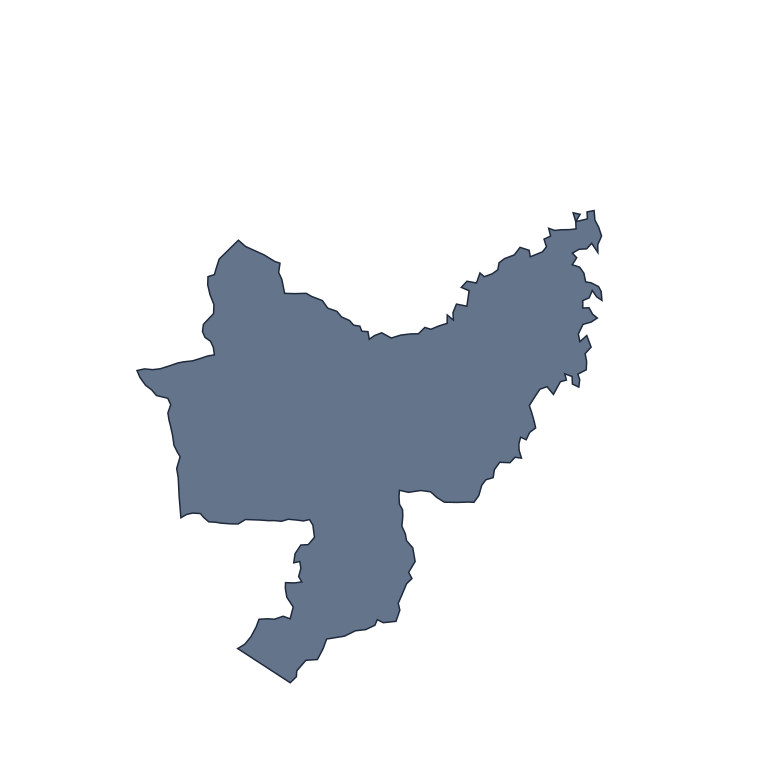 Joaquim Távora, Paraná, Brazil (orthographic projection), rotated 55°
{"feature_id": "56859067B32380162791595", "entity_name": "Joaquim Távora", "entity_type": "district", "adm_level": 2, "iso_a3": "BRA", "parent_name": "Brazil", "parent_adm1": "Paraná", "projection": "orthographic", "projection_center": [-49.909, -23.438], "detail": "fine", "context": "isolated", "style": "filled", "palette": "slate", "viewbox_px": 768, "rotation_deg": 55, "n_neighbors": 0, "source": "geoboundaries", "source_scale": "gbopen_adm2", "svg_char_len": 3255}
<svg xmlns="http://www.w3.org/2000/svg" viewBox="0 0 768 768"><g transform="rotate(55 384 384)"><path d="M532.5,378.1L529.8,370.4L523.0,362.0L520.9,355.5L523.3,348.3L517.5,342.7L514.5,334.1L520.7,326.0L519.2,318.7L523.6,313.9L515.9,311.4L510.7,308.1L505.9,302.6L511.2,299.5L507.2,292.4L507.0,285.0L501.5,282.7L492.7,279.6L485.0,277.3L481.2,268.2L477.7,259.3L479.7,252.0L489.7,251.2L483.3,238.2L485.4,232.3L479.4,230.1L485.7,225.6L492.1,229.7L498.3,226.2L492.7,221.2L487.1,219.5L488.4,210.2L481.8,205.1L474.5,201.8L472.6,193.2L460.6,190.1L461.7,199.3L454.5,196.1L449.3,186.8L452.1,178.8L452.3,171.4L446.5,173.1L439.1,172.3L435.8,177.6L429.7,173.3L431.1,166.5L426.9,159.8L434.6,159.8L440.5,157.5L432.7,153.0L427.3,152.4L419.9,156.3L416.0,160.2L407.9,156.7L400.5,156.7L394.3,161.4L391.1,153.7L384.9,154.7L385.5,147.0L389.5,140.5L387.9,133.2L399.0,133.4L392.5,129.0L387.6,120.9L378.7,118.2L370.7,117.2L362.4,112.4L359.5,119.0L365.4,122.7L361.0,133.8L367.1,137.7L364.0,143.4L359.0,150.8L356.2,156.0L350.9,159.8L358.4,162.7L357.1,169.8L364.8,172.3L366.6,178.4L363.7,191.2L357.7,188.4L350.1,194.2L353.0,203.2L350.4,213.4L350.7,220.2L355.7,225.2L355.8,232.1L353.6,240.3L348.1,241.7L354.3,250.3L347.4,257.1L349.2,265.3L356.4,260.8L360.7,264.8L367.8,271.5L360.1,278.8L365.1,286.6L371.4,290.5L363.7,292.6L370.5,297.5L367.8,306.2L366.1,314.2L361.1,318.1L362.6,327.0L358.1,333.7L353.6,342.1L350.5,351.7L340.7,356.5L338.9,364.0L338.9,370.4L331.9,367.1L328.0,371.9L322.8,370.6L318.4,375.1L312.2,375.8L304.8,380.3L297.5,380.9L289.5,386.6L280.4,386.6L270.7,393.1L265.1,395.7L258.5,405.7L252.7,413.4L239.8,407.7L232.2,406.3L225.4,399.9L220.9,403.2L209.4,408.2L192.0,418.5L182.7,420.8L187.1,447.3L193.0,455.1L197.1,460.2L195.1,466.6L201.6,471.5L211.0,475.3L221.5,477.8L228.6,483.3L230.0,490.4L231.6,497.8L236.9,502.6L243.1,503.9L249.5,501.6L256.1,502.8L262.8,506.2L259.9,512.4L257.6,520.2L255.2,527.6L250.8,535.6L248.4,541.1L245.8,550.3L243.1,558.7L239.6,565.2L234.2,571.6L231.3,578.6L239.0,580.2L248.4,580.0L255.5,577.7L262.9,577.0L271.7,569.3L278.7,570.6L283.7,577.6L290.2,580.8L296.3,583.1L304.9,586.7L313.7,591.2L321.1,592.3L326.6,592.7L330.2,597.2L334.3,602.3L342.9,606.4L358.4,616.2L377.1,627.1L377.6,620.7L379.9,614.9L384.8,608.7L390.2,608.2L396.4,606.6L400.6,601.3L404.6,597.2L411.1,589.2L415.0,583.7L415.5,575.3L424.4,563.5L429.7,557.0L432.9,552.3L437.6,546.8L439.9,540.0L445.6,533.3L450.0,528.5L452.3,522.8L458.8,523.2L469.7,528.9L472.1,538.2L468.2,544.5L472.0,554.2L478.7,560.5L481.1,554.8L487.3,557.8L492.8,564.4L499.0,564.8L495.5,571.6L490.2,578.6L494.9,582.1L502.9,585.9L514.6,586.3L522.5,595.6L516.4,599.8L513.8,608.7L509.7,613.8L505.0,621.3L509.7,628.1L514.7,638.0L517.3,647.3L516.8,655.6L574.9,632.2L573.5,623.6L569.0,620.1L565.5,606.5L571.5,596.6L565.9,585.7L560.0,577.3L567.9,561.0L569.7,549.1L574.7,539.8L576.4,529.8L573.2,524.7L579.1,521.5L585.3,510.3L578.3,500.7L571.8,498.1L567.4,490.9L560.6,480.1L559.4,472.7L552.4,471.8L547.3,460.3L534.7,454.4L525.3,455.4L519.1,452.5L510.7,450.9L503.2,444.5L497.6,440.9L491.4,440.3L485.0,436.4L479.9,432.3L486.8,426.1L492.3,415.0L499.1,407.6L507.0,405.9L515.4,402.4L522.9,392.1L528.9,382.9L532.5,378.1ZM361.0,133.8L357.5,126.0L352.2,130.9L361.0,133.8Z" fill="#64748b" stroke="#1e293b" stroke-width="1.5"/></g></svg>